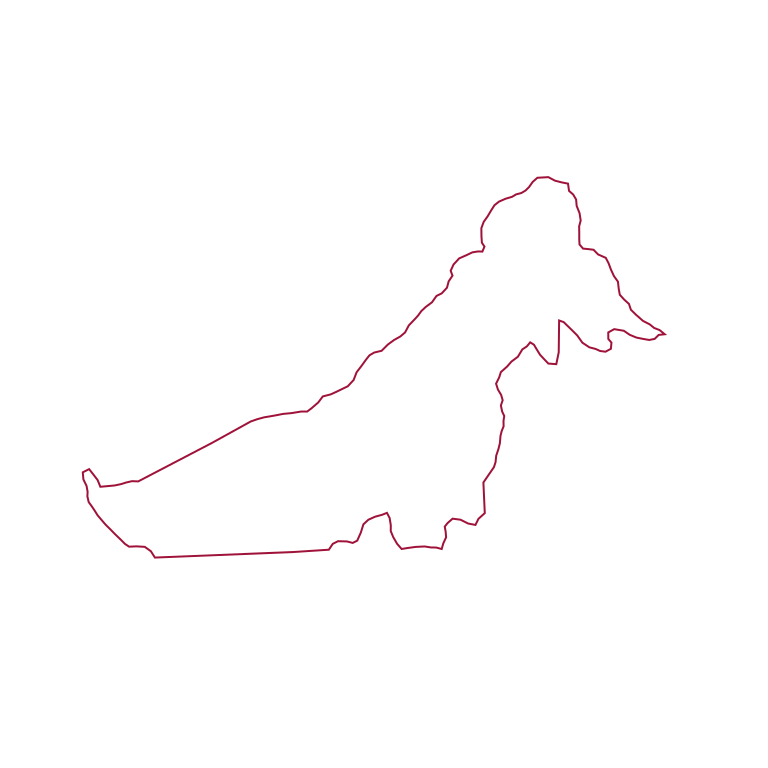 the district of Lajedo do Tabocal, Bahia, Brazil, rotated 28°
{"feature_id": "56859067B65059372475472", "entity_name": "Lajedo do Tabocal", "entity_type": "district", "adm_level": 2, "iso_a3": "BRA", "parent_name": "Brazil", "parent_adm1": "Bahia", "projection": "mercator", "projection_center": [-40.267, -13.448], "detail": "fine", "context": "isolated", "style": "outline", "palette": "rose", "viewbox_px": 768, "rotation_deg": 28, "n_neighbors": 0, "source": "geoboundaries", "source_scale": "gbopen_adm2", "svg_char_len": 2793}
<svg xmlns="http://www.w3.org/2000/svg" viewBox="0 0 768 768"><g transform="rotate(28 384 384)"><path d="M608.5,208.3L602.0,207.0L596.2,207.7L590.7,206.6L583.1,206.7L573.8,204.5L567.1,202.5L562.7,198.3L556.4,196.7L550.3,194.5L546.6,189.8L542.5,183.8L536.4,180.8L530.5,176.3L525.8,172.1L520.6,168.5L512.2,169.1L506.0,167.1L501.0,169.0L496.2,171.0L491.1,169.0L488.3,164.3L485.4,158.8L482.3,153.2L480.9,147.3L476.5,141.4L470.5,136.3L467.0,130.9L462.1,127.9L456.7,126.6L452.4,120.7L446.1,122.6L439.5,124.2L432.0,124.2L426.4,127.6L422.6,129.9L420.4,135.8L419.6,142.1L418.1,146.8L415.6,150.9L411.6,154.6L409.2,158.6L404.4,163.3L399.9,169.0L397.6,174.3L397.1,180.6L396.8,187.3L395.9,194.0L396.8,200.7L400.7,207.8L404.1,213.3L408.2,215.5L408.7,220.9L404.8,222.8L400.2,226.3L396.5,231.3L391.4,237.8L389.3,245.8L389.7,252.7L393.6,256.2L392.9,263.0L394.4,269.4L392.4,276.9L389.0,281.6L388.0,289.4L384.7,296.3L382.7,302.2L382.0,307.3L380.8,312.1L378.4,320.6L378.4,328.6L376.1,334.4L372.3,340.3L368.9,347.3L366.3,355.8L360.6,360.8L357.7,365.5L356.7,370.9L355.6,378.8L354.3,386.5L355.3,394.7L353.1,403.0L348.7,409.0L345.8,413.0L341.9,418.1L335.8,423.7L334.6,431.2L331.5,439.2L329.1,444.4L323.8,447.2L315.9,453.2L308.9,457.8L303.5,462.2L298.9,465.8L293.8,469.7L288.5,474.7L283.9,479.7L259.6,517.0L212.7,585.4L207.1,588.1L202.5,592.1L199.1,595.6L194.0,599.9L188.4,603.6L181.8,607.9L176.3,603.3L171.1,600.9L163.6,597.6L159.5,603.4L163.4,609.4L169.2,613.6L172.9,618.3L174.8,622.4L178.7,626.9L183.8,629.4L187.9,631.6L192.8,634.4L199.1,636.9L204.2,638.9L210.6,640.8L216.8,642.8L224.9,645.1L230.4,646.8L235.3,647.3L241.6,643.6L249.2,640.1L256.7,641.1L263.2,644.8L383.2,574.7L413.1,556.2L413.8,549.2L417.2,544.4L425.2,540.4L431.0,539.0L433.9,534.9L433.3,526.1L431.7,517.6L433.9,511.2L438.4,505.4L443.7,500.4L447.1,496.4L451.9,499.7L456.3,505.5L459.0,510.7L464.1,514.9L470.5,518.9L477.0,521.4L481.6,517.9L488.4,513.0L496.1,508.4L502.4,506.2L506.8,503.9L512.4,502.6L511.2,497.0L510.8,490.2L507.8,485.5L504.6,481.4L505.4,477.0L507.8,470.7L515.3,467.9L523.8,467.7L530.9,465.5L530.7,458.7L533.6,450.7L518.0,424.3L520.1,405.8L519.2,400.7L516.7,394.5L515.6,387.8L514.1,381.8L511.2,375.1L510.0,370.3L509.5,365.3L506.8,360.4L505.2,355.8L501.2,352.8L497.3,348.1L496.4,342.6L492.5,338.6L487.2,335.4L482.8,331.1L482.6,324.1L481.6,318.6L484.5,310.8L486.0,304.4L489.4,297.1L489.9,288.5L492.5,283.7L493.5,278.6L497.9,278.9L502.7,281.8L508.0,284.9L512.9,286.6L519.5,288.8L526.8,285.6L523.4,274.0L508.8,245.7L513.6,245.0L518.4,246.4L524.6,248.2L531.8,250.4L539.8,254.4L548.1,255.2L554.4,253.7L559.3,253.4L564.4,251.5L567.8,246.4L565.4,240.7L560.9,238.9L557.8,233.2L561.5,227.5L570.8,224.4L577.8,225.2L585.1,224.5L592.4,222.3L597.5,220.6L601.8,217.1L603.5,211.7L608.5,208.3Z" fill="none" stroke="#9f1239" stroke-width="2"/></g></svg>